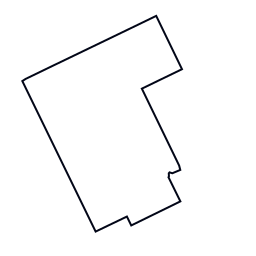 the district of Carter, Oklahoma, United States of America, rotated 64°
{"feature_id": "52423323B10262331095216", "entity_name": "Carter", "entity_type": "district", "adm_level": 2, "iso_a3": "USA", "parent_name": "United States of America", "parent_adm1": "Oklahoma", "projection": "albers", "projection_center": [-97.204, 34.289], "detail": "fine", "context": "isolated", "style": "outline", "palette": "ink", "viewbox_px": 256, "rotation_deg": 64, "n_neighbors": 0, "source": "geoboundaries", "source_scale": "gbopen_adm2", "svg_char_len": 391}
<svg xmlns="http://www.w3.org/2000/svg" viewBox="0 0 256 256"><g transform="rotate(64 128 128)"><path d="M216.9,113.1L190.0,113.2L189.4,112.4L186.6,111.2L186.1,110.1L188.1,108.0L188.6,99.4L184.2,98.5L98.7,98.3L98.8,53.7L39.6,53.5L39.5,83.4L39.3,127.9L39.1,167.6L39.0,198.4L39.5,202.4L206.9,202.5L207.1,167.8L217.0,167.8L216.9,113.1Z" fill="none" stroke="#020617" stroke-width="2"/></g></svg>